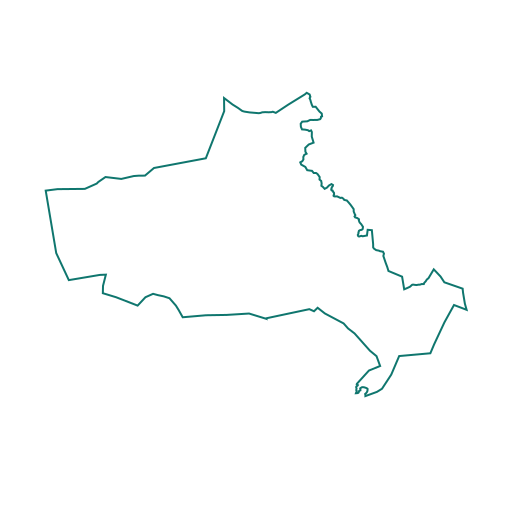 outline of Kebbe, Sokoto, Nigeria, rotated 257°
{"feature_id": "59680162B95103667512911", "entity_name": "Kebbe", "entity_type": "district", "adm_level": 2, "iso_a3": "NGA", "parent_name": "Nigeria", "parent_adm1": "Sokoto", "projection": "mercator", "projection_center": [4.676, 11.883], "detail": "fine", "context": "isolated", "style": "outline", "palette": "teal", "viewbox_px": 512, "rotation_deg": 257, "n_neighbors": 0, "source": "geoboundaries", "source_scale": "gbopen_adm2", "svg_char_len": 3590}
<svg xmlns="http://www.w3.org/2000/svg" viewBox="0 0 512 512"><g transform="rotate(257 256 256)"><path d="M367.0,65.8L303.8,62.0L274.6,68.2L272.7,99.6L271.6,105.5L261.3,100.2L254.2,98.4L247.3,110.4L234.3,129.5L240.7,139.0L242.3,147.2L239.9,151.7L237.4,157.1L234.3,162.2L225.7,166.8L220.7,168.5L212.8,170.8L209.5,194.0L205.2,214.1L201.5,236.3L192.7,251.5L193.0,251.4L192.2,296.0L189.1,300.1L191.7,304.4L184.5,310.2L170.6,326.2L164.7,329.4L158.4,334.6L138.1,345.7L131.3,350.9L120.9,352.2L119.0,340.3L108.9,325.7L108.4,325.3L107.9,325.6L107.3,326.2L106.8,325.7L106.4,324.6L105.8,324.1L105.1,324.1L104.4,324.2L103.5,323.8L102.6,323.5L101.8,323.8L101.1,323.5L100.6,323.0L99.8,322.5L99.7,323.1L99.6,323.6L99.6,324.3L99.7,325.0L100.2,325.5L101.3,326.1L101.5,326.8L101.6,327.5L102.5,327.7L103.5,327.7L103.8,328.0L103.9,328.5L104.3,329.7L104.2,330.5L103.8,331.7L103.0,333.1L102.3,334.1L101.5,334.8L100.4,334.6L99.1,334.0L98.2,333.2L97.6,332.4L97.0,331.3L95.7,331.3L94.9,331.1L96.4,343.3L98.3,348.9L110.0,361.1L126.3,373.0L122.0,404.0L130.0,409.8L149.0,424.7L163.7,437.9L156.2,449.1L162.6,448.8L173.8,449.5L177.7,450.0L188.0,433.6L194.5,431.2L203.0,426.2L195.6,419.1L194.6,417.1L193.1,415.6L192.0,413.9L190.9,413.2L191.4,411.2L191.2,409.2L191.5,407.8L191.6,405.8L192.2,404.1L192.8,402.6L192.8,401.6L191.4,399.1L190.8,396.3L190.2,392.9L203.0,393.7L211.6,381.7L215.8,381.4L220.3,380.8L227.4,380.1L229.5,381.2L231.6,380.7L232.8,377.9L233.6,376.9L234.7,374.4L236.7,372.6L238.0,372.1L241.2,372.8L255.1,374.7L256.4,370.7L251.0,368.7L251.1,367.5L251.2,364.7L251.3,364.2L251.6,363.8L251.9,363.3L251.9,362.8L251.9,362.5L251.9,361.9L251.8,361.4L251.8,361.1L251.8,360.8L252.0,360.5L252.2,360.2L252.7,360.0L253.2,359.9L253.8,360.0L254.1,360.3L254.6,360.7L254.9,360.9L255.4,361.0L255.9,361.1L256.3,361.4L256.5,361.6L257.0,361.7L257.4,362.0L257.6,362.5L257.8,363.4L257.8,363.8L257.7,364.4L257.8,365.0L258.3,366.0L259.1,366.3L260.3,366.8L263.3,365.7L265.4,364.5L267.4,364.2L268.6,364.6L270.1,363.3L270.8,362.2L271.3,361.3L272.3,360.9L273.5,362.0L274.3,361.7L277.3,361.2L279.7,361.7L284.3,359.8L287.5,358.2L289.1,357.3L289.7,357.0L290.3,355.6L290.9,354.5L292.1,354.1L293.5,352.8L293.6,351.3L295.8,348.5L296.3,346.2L296.6,345.5L297.2,345.1L297.8,345.3L298.2,345.8L298.6,346.0L299.4,346.1L300.0,346.2L300.7,345.7L301.1,345.8L301.7,345.6L302.2,345.3L302.6,345.3L302.9,344.8L302.9,344.5L303.6,344.2L304.5,344.5L304.9,344.9L305.8,345.2L306.8,346.5L307.8,347.0L309.1,345.7L308.3,343.0L306.6,340.4L306.0,338.0L308.3,336.7L309.7,335.5L312.0,336.3L314.5,336.4L316.2,335.1L318.6,335.8L322.0,334.4L323.3,333.3L323.9,330.9L326.4,329.7L326.9,328.3L328.1,325.2L331.7,324.1L334.9,320.6L337.3,320.2L337.9,322.4L339.4,323.9L341.9,324.4L343.7,325.8L344.3,328.3L346.5,327.6L350.3,328.3L352.8,332.5L353.5,337.6L359.8,337.2L364.2,338.3L366.0,337.9L365.7,335.9L366.9,334.9L368.1,332.2L369.0,329.3L371.8,328.8L374.8,329.3L376.5,331.2L376.4,332.0L375.7,336.3L376.4,339.4L375.7,342.2L374.8,346.3L374.9,349.3L375.6,350.1L377.1,350.7L377.2,351.8L380.0,352.1L382.5,350.3L388.0,347.7L388.6,344.9L390.8,344.4L394.4,344.1L395.5,344.1L396.8,343.9L397.5,343.7L397.9,344.1L398.6,344.2L398.9,344.8L401.3,344.6L403.6,342.1L402.5,340.0L396.2,321.4L391.0,307.5L392.8,304.8L392.7,303.5L393.2,300.7L394.1,297.4L394.6,294.4L394.4,292.6L394.5,290.9L395.6,287.5L397.3,282.2L399.3,277.2L400.4,275.2L404.4,271.7L408.9,267.2L412.3,264.4L417.1,260.4L404.3,257.6L362.5,229.1L364.7,176.4L359.3,165.9L360.7,159.5L361.4,154.9L361.4,142.1L366.8,127.1L363.6,119.0L362.4,117.1L359.9,104.3L365.8,77.6L367.0,65.8Z" fill="none" stroke="#0f766e" stroke-width="2"/></g></svg>